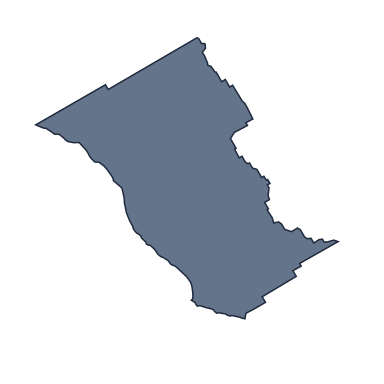 Mendocino, California, United States of America, rotated 330°
{"feature_id": "52423323B12422674135738", "entity_name": "Mendocino", "entity_type": "district", "adm_level": 2, "iso_a3": "USA", "parent_name": "United States of America", "parent_adm1": "California", "projection": "albers", "projection_center": [-123.414, 39.38], "detail": "fine", "context": "isolated", "style": "filled", "palette": "slate", "viewbox_px": 384, "rotation_deg": 330, "n_neighbors": 0, "source": "geoboundaries", "source_scale": "gbopen_adm2", "svg_char_len": 2014}
<svg xmlns="http://www.w3.org/2000/svg" viewBox="0 0 384 384"><g transform="rotate(330 192 192)"><path d="M273.3,60.9L170.7,61.3L170.7,55.8L90.2,55.7L94.9,61.9L97.6,64.2L100.4,69.7L101.7,73.0L105.9,75.8L108.2,82.1L108.4,83.4L109.6,86.1L114.0,90.0L118.6,92.5L119.0,92.9L120.9,100.9L121.4,105.2L121.2,110.4L121.7,113.4L122.3,115.2L122.6,116.8L123.4,117.9L126.2,119.5L128.8,125.4L129.8,130.7L130.5,139.1L130.2,141.7L129.6,142.8L133.0,152.6L133.1,154.2L131.0,161.0L130.1,163.7L128.1,167.4L124.8,177.4L123.6,186.1L123.5,192.0L122.8,194.5L122.9,196.2L123.5,199.9L124.3,201.0L125.7,204.2L125.3,206.7L126.7,211.4L126.9,213.2L126.5,214.2L127.3,215.8L129.2,217.4L131.0,223.3L131.3,228.8L132.9,232.9L133.7,233.3L136.9,239.2L137.6,243.9L137.9,244.7L140.4,247.9L141.7,251.6L145.0,262.8L145.6,268.5L145.5,270.7L144.5,274.4L142.0,280.3L140.3,283.3L139.0,284.9L138.3,285.2L137.3,285.4L139.4,289.3L139.2,290.8L139.5,293.5L142.1,294.4L145.9,298.7L150.7,303.3L151.6,304.8L152.0,307.3L152.8,309.3L153.6,309.6L154.3,309.6L160.0,314.3L160.6,315.1L160.8,316.2L163.2,318.6L164.3,318.6L165.7,319.7L170.8,324.4L172.2,326.2L174.4,328.3L178.1,324.0L187.5,324.4L200.5,324.3L200.4,317.8L240.1,317.2L240.0,310.6L249.5,310.8L249.5,307.7L293.8,308.0L290.6,304.5L284.4,303.0L281.3,301.3L281.4,298.1L278.4,296.8L272.0,297.1L271.9,291.6L268.4,290.0L267.0,287.0L267.0,279.0L265.4,275.9L258.4,276.1L253.6,270.7L253.6,264.6L252.0,261.2L247.3,259.6L248.6,254.5L248.1,245.0L249.7,244.9L249.8,237.3L255.2,237.3L256.2,233.1L260.8,226.9L260.8,223.5L263.8,223.6L263.8,219.0L262.3,218.9L262.1,214.3L259.6,214.4L259.5,204.8L256.4,201.6L256.4,195.6L254.6,195.5L253.1,192.3L253.2,186.0L250.0,186.0L250.3,176.1L252.0,176.2L252.0,165.0L258.4,161.6L273.3,162.1L273.3,158.9L281.2,159.2L281.9,148.0L282.0,141.3L281.0,138.7L280.5,119.8L277.1,119.9L277.1,111.2L272.8,111.3L272.9,100.3L271.8,99.5L271.3,92.7L269.0,90.0L270.0,87.9L271.0,79.3L270.6,76.3L275.6,74.2L277.4,70.0L274.5,68.1L274.5,62.4L273.3,60.9Z" fill="#64748b" stroke="#1e293b" stroke-width="1.5"/></g></svg>